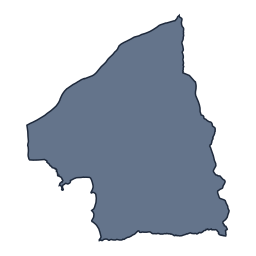 Sandan, Kâmpóng Thum, Cambodia
{"feature_id": "14789045B38871502259240", "entity_name": "Sandan", "entity_type": "district", "adm_level": 2, "iso_a3": "KHM", "parent_name": "Cambodia", "parent_adm1": "Kâmpóng Thum", "projection": "albers", "projection_center": [105.429, 13.113], "detail": "fine", "context": "isolated", "style": "filled", "palette": "slate", "viewbox_px": 256, "rotation_deg": 0, "n_neighbors": 0, "source": "geoboundaries", "source_scale": "gbopen_adm2", "svg_char_len": 5821}
<svg xmlns="http://www.w3.org/2000/svg" viewBox="0 0 256 256"><path d="M29.6,159.9L33.2,160.1L38.1,160.0L44.5,159.5L45.1,159.9L46.7,160.7L46.9,161.0L46.9,162.2L47.3,162.3L48.2,163.4L48.9,163.7L49.6,164.9L50.5,165.7L50.4,165.8L51.7,166.7L52.1,167.6L53.5,168.0L54.9,168.3L55.6,168.6L55.4,168.9L55.9,169.0L56.0,169.5L56.6,169.8L56.4,170.2L56.7,170.7L56.5,171.4L56.8,171.4L56.8,171.7L57.2,172.0L57.4,172.8L57.4,173.4L57.5,173.6L57.6,174.0L57.9,174.2L57.6,174.5L57.7,174.8L57.6,175.3L57.7,175.7L57.8,175.8L58.2,175.9L58.7,175.7L58.6,176.0L58.8,176.1L59.0,176.1L60.2,176.8L60.8,177.0L61.4,177.8L61.8,178.2L62.0,179.1L62.3,179.3L62.5,179.9L62.9,180.4L62.2,181.8L62.0,181.6L61.6,181.8L60.7,182.8L60.0,183.3L59.3,185.5L60.0,185.3L60.7,185.7L61.2,186.1L62.0,188.1L62.0,188.5L61.6,189.2L61.8,189.8L62.3,190.2L62.8,190.2L63.2,189.7L63.3,189.4L62.6,187.8L62.5,187.1L62.5,186.4L62.9,185.2L64.5,184.2L65.2,183.6L65.7,183.3L67.5,183.9L67.9,184.0L69.0,183.4L69.8,182.9L70.4,181.9L70.5,181.5L70.4,180.5L72.3,179.6L74.1,178.6L76.5,177.7L78.0,177.6L80.9,177.5L83.7,177.1L83.9,177.3L85.8,177.2L89.5,177.4L90.5,178.0L91.5,179.9L92.3,182.3L93.0,185.2L93.1,186.4L93.1,187.3L92.4,189.6L91.1,192.2L91.0,192.7L91.1,192.8L91.5,193.0L92.9,192.3L94.2,192.7L95.2,193.5L95.8,194.3L95.9,195.1L96.3,198.2L96.0,202.4L94.6,207.1L93.8,208.9L91.7,210.4L91.6,210.5L92.1,211.1L92.7,211.6L93.4,212.7L93.9,214.1L93.9,214.9L93.6,217.3L91.7,220.7L91.8,221.2L92.2,221.7L93.0,222.0L95.6,224.2L96.7,225.4L98.8,228.8L100.0,232.5L101.0,236.7L101.0,237.2L100.4,238.3L99.4,239.6L99.2,240.0L99.3,240.6L100.5,240.1L100.9,240.1L101.9,240.6L102.4,240.5L103.8,239.4L105.9,239.0L107.1,239.2L108.9,240.3L109.5,240.2L110.1,239.7L110.6,239.6L111.7,239.5L112.4,239.8L114.0,240.0L115.5,240.0L116.8,239.4L119.6,240.0L121.5,240.0L122.8,239.5L122.9,239.2L124.2,239.3L125.2,238.6L127.4,237.4L129.1,237.1L131.3,236.0L132.6,235.0L133.9,234.5L135.0,233.8L137.3,231.5L138.0,231.0L138.5,230.9L138.9,231.0L139.6,232.2L140.2,232.4L141.1,232.4L142.2,232.0L144.2,232.2L146.6,232.2L149.3,231.8L150.5,232.1L151.9,233.3L152.9,233.7L155.0,233.6L156.2,233.8L157.4,233.5L158.7,233.5L159.6,233.7L159.9,234.0L160.7,234.1L161.0,234.0L162.1,234.1L163.1,234.0L164.6,233.6L166.1,233.8L166.7,233.4L168.3,233.8L168.7,233.7L169.0,233.9L170.1,233.7L170.5,234.1L171.5,234.1L173.0,234.8L174.3,235.7L175.5,235.2L175.7,235.5L176.0,235.5L176.6,235.3L177.0,235.7L177.4,235.7L177.8,235.6L178.3,235.6L179.4,235.9L181.8,235.7L183.3,235.1L186.0,234.3L186.6,233.8L187.0,233.8L187.3,234.0L189.4,233.1L190.6,232.8L190.9,233.1L192.0,233.5L192.9,233.5L194.1,233.7L194.9,233.4L196.2,233.6L196.9,234.0L198.1,233.4L198.2,233.2L198.8,232.8L199.4,232.7L199.8,232.4L200.2,232.5L200.5,232.8L201.1,232.8L202.0,232.2L202.4,232.1L202.7,231.7L203.2,231.5L203.5,231.0L204.1,230.6L205.4,230.4L205.9,229.9L206.1,229.4L206.6,229.5L207.6,229.0L208.0,229.1L208.3,229.8L209.0,229.8L211.3,229.0L211.5,229.2L211.7,229.7L212.1,229.9L213.2,229.7L214.1,229.9L215.3,229.6L216.7,230.1L217.3,230.8L217.4,231.2L218.3,232.0L218.6,232.3L218.5,233.6L219.0,234.0L219.2,234.5L219.4,234.6L221.2,235.3L221.7,235.1L222.3,235.5L222.9,235.4L223.4,235.7L225.7,236.0L225.8,235.8L226.0,234.1L225.7,233.5L225.8,232.4L225.5,230.6L225.6,230.4L227.2,229.5L227.3,229.2L226.0,226.6L225.8,226.3L224.3,225.7L224.1,224.6L223.0,223.3L222.9,222.5L222.9,222.0L223.3,221.4L225.1,220.0L225.9,219.2L227.2,217.3L227.9,214.7L228.8,212.2L229.1,210.8L227.9,208.1L227.7,206.2L226.2,203.3L225.2,200.6L224.0,199.8L220.0,198.4L219.7,198.1L219.3,197.6L217.7,193.0L217.6,192.0L217.7,191.1L218.0,190.7L218.8,190.3L219.9,189.4L222.1,188.4L222.6,187.9L223.2,185.7L224.4,183.7L224.9,182.4L225.1,181.9L225.0,181.2L224.6,180.3L222.8,179.2L220.0,176.0L217.9,175.8L217.2,175.2L215.7,174.8L213.9,172.4L213.5,171.7L213.4,171.0L213.5,170.2L215.9,165.8L215.7,163.5L214.4,160.5L213.3,155.7L211.1,149.4L210.6,147.8L209.7,146.1L210.0,145.6L210.0,145.0L211.2,144.2L211.3,143.7L211.9,141.7L211.7,141.3L212.4,139.8L212.9,139.0L213.0,138.1L212.7,137.9L213.0,137.4L212.9,137.1L213.9,135.3L214.5,133.8L214.7,133.0L214.7,132.1L215.1,131.4L215.2,131.1L215.1,130.3L215.2,129.5L215.1,128.3L214.7,127.6L212.5,126.0L212.1,123.9L211.4,122.6L211.0,122.3L210.5,122.0L209.8,121.9L209.1,121.7L207.2,120.6L205.7,119.2L204.8,118.9L204.1,118.5L203.9,118.0L203.7,116.5L203.3,115.9L202.6,115.4L201.2,115.0L201.1,114.8L200.1,111.6L200.0,108.0L199.4,105.1L198.3,101.7L195.7,95.6L195.4,93.5L195.5,91.5L196.0,88.7L196.1,86.1L196.0,84.9L195.4,81.9L195.2,81.7L195.0,81.8L189.4,75.5L182.9,72.8L182.9,72.2L183.2,71.7L182.9,71.2L182.8,70.5L183.2,70.0L183.2,67.9L183.7,66.6L183.7,66.3L183.3,65.9L183.0,65.0L183.3,64.6L183.3,63.7L183.6,63.1L183.3,62.0L183.3,61.4L182.9,60.1L182.9,59.4L183.3,57.7L183.3,56.1L182.9,54.3L182.2,52.5L182.3,51.8L183.1,50.6L183.3,50.0L183.3,49.3L182.8,46.3L181.9,43.3L181.9,42.5L182.0,41.9L183.0,39.7L183.2,38.5L183.2,37.4L183.7,35.5L183.4,33.8L183.6,32.7L183.4,31.9L183.7,28.9L183.4,27.9L182.2,26.4L181.6,24.6L181.4,22.5L181.5,21.9L181.9,20.1L182.0,19.1L181.6,18.3L179.6,17.0L179.2,16.2L179.2,15.4L177.6,16.9L177.0,18.5L174.9,20.8L173.8,20.9L166.6,23.0L165.8,23.0L160.5,24.8L159.2,25.4L156.6,27.4L152.9,29.8L150.1,31.4L147.6,32.5L145.3,33.4L141.6,34.5L139.1,35.8L134.2,37.1L130.4,39.3L123.7,42.6L121.1,44.1L119.1,45.8L117.5,49.2L116.4,50.6L114.8,52.0L112.9,54.4L109.2,57.9L107.9,59.3L105.8,62.3L103.9,64.2L101.2,66.7L96.4,72.6L94.9,74.0L93.5,75.1L92.0,75.9L84.4,78.8L84.2,78.5L81.3,79.7L78.9,81.2L78.1,81.6L75.6,83.2L73.1,84.5L66.7,88.9L64.5,91.2L63.0,93.3L61.9,95.1L60.1,99.1L59.9,100.1L58.5,102.8L56.3,105.9L54.5,107.6L50.7,110.9L47.3,113.3L44.9,115.3L43.3,116.3L37.0,120.1L32.7,122.3L30.6,123.2L26.9,125.2L27.8,131.6L28.0,136.3L28.4,141.0L28.4,141.9L27.9,143.9L27.7,145.5L28.2,147.1L28.4,149.9L28.4,151.3L28.1,154.8L28.2,156.2L28.9,158.9L29.6,159.9Z" fill="#64748b" stroke="#1e293b" stroke-width="1.5"/></svg>